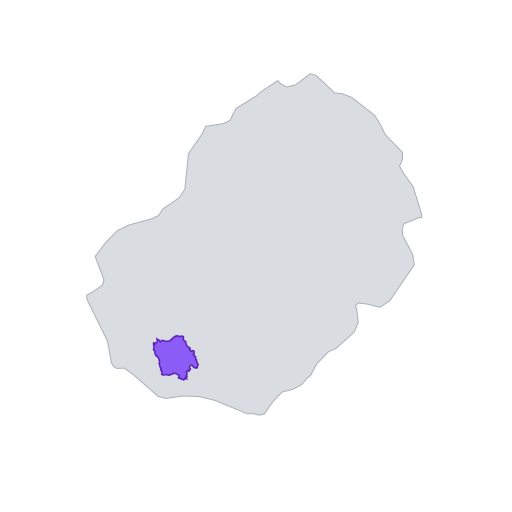 Vinitsa, Vinica, North Macedonia (highlighted), rotated 150°
{"feature_id": "65306769B11231402107621", "entity_name": "Vinitsa", "entity_type": "district", "adm_level": 2, "iso_a3": "MKD", "parent_name": "North Macedonia", "parent_adm1": "Vinica", "projection": "mercator", "projection_center": [22.586, 41.86], "detail": "fine", "context": "in_parent", "style": "filled", "palette": "violet", "viewbox_px": 512, "rotation_deg": 150, "n_neighbors": 0, "source": "geoboundaries", "source_scale": "gbopen_adm2", "svg_char_len": 2585}
<svg xmlns="http://www.w3.org/2000/svg" viewBox="0 0 512 512"><g transform="rotate(150 256 256)"><path d="M233.0,135.9L240.8,136.9L257.7,132.1L268.2,125.4L273.6,124.4L280.7,121.8L291.0,122.2L301.4,125.1L314.6,121.3L327.7,115.0L332.9,116.6L338.5,121.9L342.2,123.4L363.8,151.5L375.6,162.8L389.5,171.4L405.4,177.7L411.1,183.8L421.2,213.5L426.1,224.8L432.8,228.2L434.4,231.4L434.7,235.7L427.2,256.5L424.1,303.1L422.2,306.8L414.3,306.6L403.7,307.6L399.7,311.2L395.5,336.1L378.5,343.2L363.1,347.3L350.2,346.3L327.4,340.4L319.9,339.8L313.6,343.2L293.2,344.9L284.3,349.3L263.3,378.4L242.1,388.4L234.8,393.5L218.6,387.1L210.8,386.4L199.6,393.8L175.0,394.5L168.3,395.8L149.4,397.0L148.6,393.0L145.1,387.2L136.2,384.4L118.1,386.8L113.7,382.5L106.3,357.8L100.5,353.8L93.9,345.5L82.9,318.6L82.6,306.8L83.4,296.5L77.3,272.3L81.0,266.2L86.7,262.3L86.8,252.5L85.2,237.7L91.9,208.4L93.7,206.3L95.4,207.7L111.7,210.0L115.9,206.3L118.6,200.6L119.5,179.1L123.3,169.2L162.7,150.3L174.3,149.6L183.2,158.3L190.2,163.8L194.4,163.7L195.9,158.1L200.7,147.3L208.8,141.1L232.8,135.9L233.0,135.9Z" fill="#d9dde1" stroke="#a8b0b8" stroke-width="1"/><path d="M391.5,216.9L391.5,214.8L392.1,214.0L392.1,212.7L393.6,211.5L394.6,207.5L394.3,206.3L395.5,205.3L395.1,204.3L395.5,203.8L395.3,202.8L396.9,200.6L396.3,199.6L394.6,198.7L393.0,198.3L391.9,196.9L390.4,196.0L389.9,196.2L387.8,195.5L386.6,195.8L384.1,194.3L382.3,190.8L382.9,189.8L383.9,189.6L384.1,189.0L382.3,187.3L382.3,186.7L381.7,186.6L380.6,184.7L378.7,185.4L377.4,184.2L377.2,185.1L377.7,185.9L376.0,186.1L375.8,186.7L376.3,187.1L374.9,188.2L374.2,189.3L374.4,190.4L371.8,190.9L371.9,190.1L371.5,189.7L371.0,190.3L369.3,190.8L369.5,192.7L368.2,193.7L367.0,194.0L365.9,193.3L365.5,190.4L363.9,188.9L362.9,188.5L362.3,189.1L362.3,189.6L360.4,190.7L360.0,195.2L359.4,195.6L359.7,197.0L358.6,199.1L359.5,200.6L358.8,201.9L359.3,202.4L357.9,203.2L357.3,204.4L357.4,205.0L358.3,205.8L359.5,205.7L360.6,207.7L359.9,208.1L359.8,209.0L359.2,209.1L360.8,212.7L360.3,216.2L359.6,216.6L360.6,219.0L360.6,220.3L359.8,221.3L359.2,222.5L360.0,223.6L361.4,224.3L362.3,224.2L364.0,226.4L364.8,226.3L365.3,226.8L365.9,226.5L366.5,226.9L366.9,226.6L367.9,226.9L369.0,226.3L369.8,226.5L370.7,225.8L371.7,226.1L373.0,225.5L377.2,227.3L378.4,229.1L379.7,230.0L381.7,229.5L382.1,231.7L383.2,233.7L383.6,232.2L384.8,231.0L385.5,231.0L387.5,230.2L387.7,231.9L388.2,232.0L389.3,230.0L389.3,228.9L391.5,226.3L391.6,225.4L391.0,223.9L391.8,223.1L392.5,221.2L392.2,220.6L392.4,219.2L391.7,219.0L391.9,217.7L391.5,216.9Z" fill="#8b5cf6" stroke="#5b21b6" stroke-width="1.5"/></g></svg>